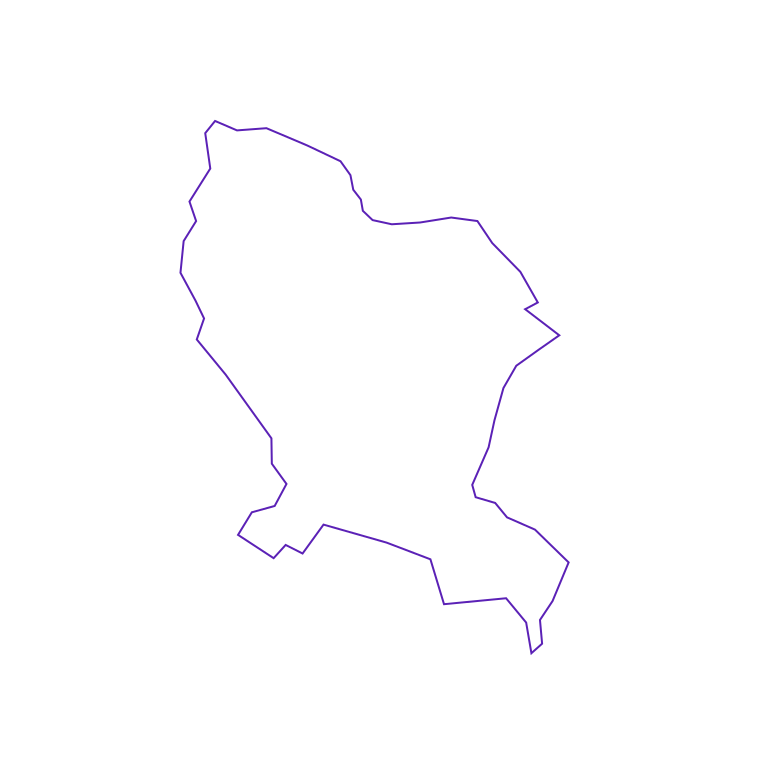 the district of Kasbi, Kashkadarya, Uzbekistan, rotated 344°
{"feature_id": "79887680B94594709209403", "entity_name": "Kasbi", "entity_type": "district", "adm_level": 2, "iso_a3": "UZB", "parent_name": "Uzbekistan", "parent_adm1": "Kashkadarya", "projection": "natural_earth1", "projection_center": [65.462, 38.853], "detail": "fine", "context": "isolated", "style": "outline", "palette": "violet", "viewbox_px": 768, "rotation_deg": 344, "n_neighbors": 0, "source": "geoboundaries", "source_scale": "gbopen_adm2", "svg_char_len": 883}
<svg xmlns="http://www.w3.org/2000/svg" viewBox="0 0 768 768"><g transform="rotate(344 384 384)"><path d="M376.0,133.6L341.5,105.7L312.6,99.7L294.1,84.6L281.3,93.6L276.4,129.0L247.3,155.0L248.3,175.6L230.8,191.4L219.0,221.0L225.8,252.0L229.1,271.4L216.3,289.6L234.4,331.4L260.8,405.2L254.2,429.7L262.7,453.2L245.3,471.1L221.6,470.9L202.1,488.8L229.9,521.0L245.1,511.6L259.0,524.5L287.1,502.5L342.8,537.2L380.3,565.3L381.0,612.2L442.3,623.6L454.9,652.5L451.5,683.4L464.4,677.2L468.9,653.8L486.2,639.1L512.3,606.4L489.0,565.6L465.5,546.1L458.1,529.0L440.9,518.1L441.0,505.3L467.1,473.7L480.2,449.3L497.7,420.8L516.2,402.9L542.1,393.7L565.9,385.5L540.3,351.0L554.3,348.0L546.0,313.8L526.9,278.4L518.7,253.1L494.5,242.5L463.2,238.7L435.5,232.6L418.2,223.3L411.4,211.7L412.6,200.3L408.0,188.8L409.3,174.0L403.6,157.9L376.0,133.6Z" fill="none" stroke="#5b21b6" stroke-width="2"/></g></svg>